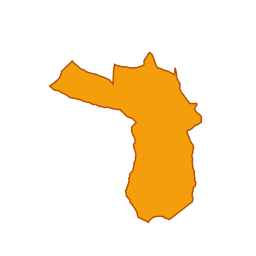 outline of Nova Esperança, Paraná, Brazil, rotated 294°
{"feature_id": "56859067B82552276787712", "entity_name": "Nova Esperança", "entity_type": "district", "adm_level": 2, "iso_a3": "BRA", "parent_name": "Brazil", "parent_adm1": "Paraná", "projection": "equal_earth", "projection_center": [-52.244, -23.163], "detail": "fine", "context": "isolated", "style": "filled", "palette": "amber", "viewbox_px": 256, "rotation_deg": 294, "n_neighbors": 0, "source": "geoboundaries", "source_scale": "gbopen_adm2", "svg_char_len": 2778}
<svg xmlns="http://www.w3.org/2000/svg" viewBox="0 0 256 256"><g transform="rotate(294 128 128)"><path d="M50.6,173.7L50.2,185.2L51.8,185.0L53.7,185.8L55.1,186.6L56.6,187.3L57.7,188.4L60.4,192.9L61.4,196.4L60.8,198.4L61.2,200.6L61.0,202.9L86.7,216.7L88.3,216.4L90.3,215.9L91.8,214.4L94.3,213.3L96.0,213.0L97.8,212.7L100.1,212.1L102.2,212.9L104.3,212.6L106.2,211.8L107.1,210.0L108.7,209.9L110.1,208.9L111.4,208.1L113.3,207.1L115.6,205.9L117.5,203.8L119.7,202.4L121.5,201.5L123.1,200.5L125.0,200.1L126.6,199.2L127.8,198.1L129.4,197.2L131.5,197.4L133.6,196.2L136.7,196.0L139.0,194.1L140.0,192.3L141.3,190.7L142.4,189.2L144.0,188.0L145.6,186.1L146.8,185.0L148.0,183.6L149.6,183.1L150.9,184.6L152.4,186.0L154.7,187.1L156.5,187.7L157.8,188.6L158.9,189.8L160.5,191.0L163.3,192.6L165.8,191.4L167.7,190.8L169.1,188.9L169.9,184.8L172.1,181.3L174.9,180.7L176.7,181.6L178.4,180.7L176.6,177.4L175.5,174.4L179.3,167.8L182.0,162.8L183.4,161.0L184.5,159.8L185.9,158.8L189.4,157.7L191.9,154.1L194.2,151.6L196.9,150.6L202.2,146.5L195.7,148.8L195.9,145.3L196.1,142.1L195.4,136.5L195.5,133.6L195.3,131.7L195.2,129.8L197.0,127.8L199.1,125.8L200.3,124.8L201.4,123.6L202.9,122.1L204.8,120.3L205.8,117.2L203.6,116.3L201.9,116.4L199.9,116.0L198.5,115.6L196.9,115.2L195.0,115.6L193.5,116.6L191.5,116.7L190.4,115.4L188.4,113.4L186.9,111.7L185.4,109.0L184.5,107.0L183.7,105.3L183.4,103.2L182.8,100.6L181.8,98.3L180.6,92.4L180.6,89.8L173.3,92.0L162.1,96.4L163.0,94.8L163.6,93.0L164.4,91.1L164.4,88.4L164.5,85.0L164.0,82.4L163.9,79.7L164.2,77.4L163.5,74.9L163.1,72.4L162.6,69.9L162.5,67.2L163.2,63.9L162.8,62.1L163.1,59.4L164.1,57.1L164.7,54.8L165.2,52.4L166.6,49.9L152.8,44.3L150.8,44.9L149.4,44.9L147.3,45.1L145.5,44.8L143.9,44.4L142.1,43.4L140.1,42.7L138.5,41.8L136.0,40.3L134.7,39.3L133.9,41.1L133.2,43.4L132.7,45.6L133.9,49.4L133.3,52.1L133.3,55.2L133.2,58.0L132.7,60.4L132.2,62.8L132.9,65.1L133.7,69.3L134.2,72.1L134.7,74.2L134.2,76.9L134.9,78.6L135.0,80.8L135.6,82.7L135.2,85.8L135.7,87.6L136.4,89.4L136.1,91.7L136.3,93.7L136.9,95.4L137.2,98.5L138.7,100.8L139.2,104.5L139.8,108.1L140.7,110.9L141.5,112.9L140.6,115.7L139.9,118.0L138.9,120.2L138.1,122.4L138.0,124.4L138.7,126.9L138.2,128.9L137.2,131.2L136.3,133.3L132.5,131.8L130.2,131.0L128.5,131.7L126.2,132.9L124.8,134.3L123.4,135.7L122.1,137.3L120.9,138.7L119.2,139.7L117.5,140.3L115.4,139.7L113.9,140.4L112.1,141.8L110.3,143.6L108.3,145.1L106.0,146.5L104.1,146.7L101.7,147.9L100.3,147.9L98.0,147.8L95.6,148.9L92.7,149.2L91.0,149.8L89.5,149.2L87.6,148.6L86.0,148.4L84.4,149.5L82.2,149.2L80.6,150.3L78.8,150.7L75.8,151.2L73.5,151.1L72.0,151.8L70.3,151.2L68.6,151.9L66.8,153.6L65.3,154.1L64.4,156.0L63.2,158.7L60.8,160.3L59.9,162.6L57.5,166.6L56.0,168.7L54.0,171.1L52.0,172.3L50.6,173.7Z" fill="#f59e0b" stroke="#b45309" stroke-width="1.5"/></g></svg>